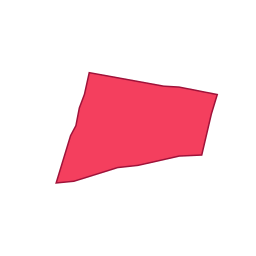 the district of Randa, Tadjourah, Djibouti, rotated 231°
{"feature_id": "41766387B54529132802745", "entity_name": "Randa", "entity_type": "district", "adm_level": 2, "iso_a3": "DJI", "parent_name": "Djibouti", "parent_adm1": "Tadjourah", "projection": "mercator", "projection_center": [42.697, 12.023], "detail": "fine", "context": "isolated", "style": "filled", "palette": "rose", "viewbox_px": 256, "rotation_deg": 231, "n_neighbors": 0, "source": "geoboundaries", "source_scale": "gbopen_adm2", "svg_char_len": 352}
<svg xmlns="http://www.w3.org/2000/svg" viewBox="0 0 256 256"><g transform="rotate(231 128 128)"><path d="M130.5,37.6L120.7,52.4L103.8,95.0L92.7,112.2L74.0,150.1L60.6,168.3L86.5,201.7L97.8,218.4L127.7,193.4L138.1,182.0L195.4,132.7L181.6,115.4L174.2,102.8L162.6,89.0L158.2,78.6L130.5,37.6Z" fill="#f43f5e" stroke="#9f1239" stroke-width="1.5"/></g></svg>